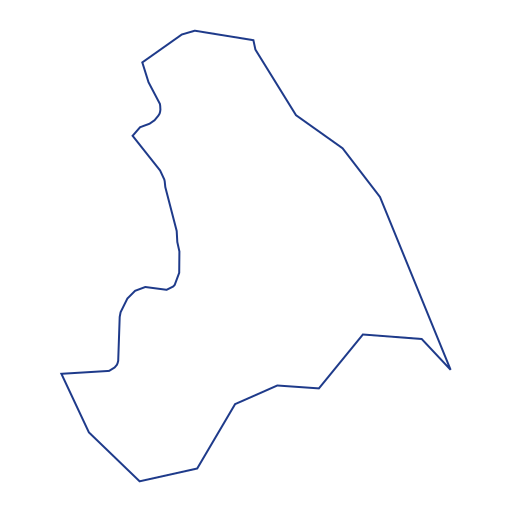 the border of Croydon
{"feature_id": "GBR-2065", "entity_name": "Croydon", "entity_type": "London Borough", "adm_level": 1, "iso_a3": "GBR", "parent_name": "United Kingdom", "parent_adm1": "", "projection": "orthographic", "projection_center": [-0.107, 51.353], "detail": "fine", "context": "isolated", "style": "outline", "palette": "blue", "viewbox_px": 512, "rotation_deg": 0, "n_neighbors": 0, "source": "natural_earth", "source_scale": "10m", "svg_char_len": 731}
<svg xmlns="http://www.w3.org/2000/svg" viewBox="0 0 512 512"><path d="M132.6,135.8L140.1,127.2L149.6,123.7L154.6,120.2L158.4,115.6L159.6,113.6L160.1,111.7L160.4,109.7L160.2,105.9L159.9,103.9L148.5,82.2L142.3,62.4L181.8,34.5L194.8,30.7L253.4,40.2L255.4,49.6L296.0,115.2L342.6,148.3L380.0,197.0L450.6,369.8L421.7,339.0L362.9,334.5L318.9,388.4L277.3,385.5L235.1,404.1L197.2,468.5L139.6,481.3L88.9,432.4L61.4,373.8L109.1,370.9L114.6,367.5L116.9,364.8L117.6,363.1L118.2,360.8L119.7,316.9L120.6,312.2L127.4,298.5L135.1,290.8L145.3,287.0L166.6,289.8L173.2,286.5L174.7,284.9L179.2,272.8L179.4,251.5L177.3,242.0L176.7,231.0L165.3,187.1L164.7,181.3L164.3,179.5L160.1,170.5L132.6,135.8Z" fill="none" stroke="#1e3a8a" stroke-width="2"/></svg>